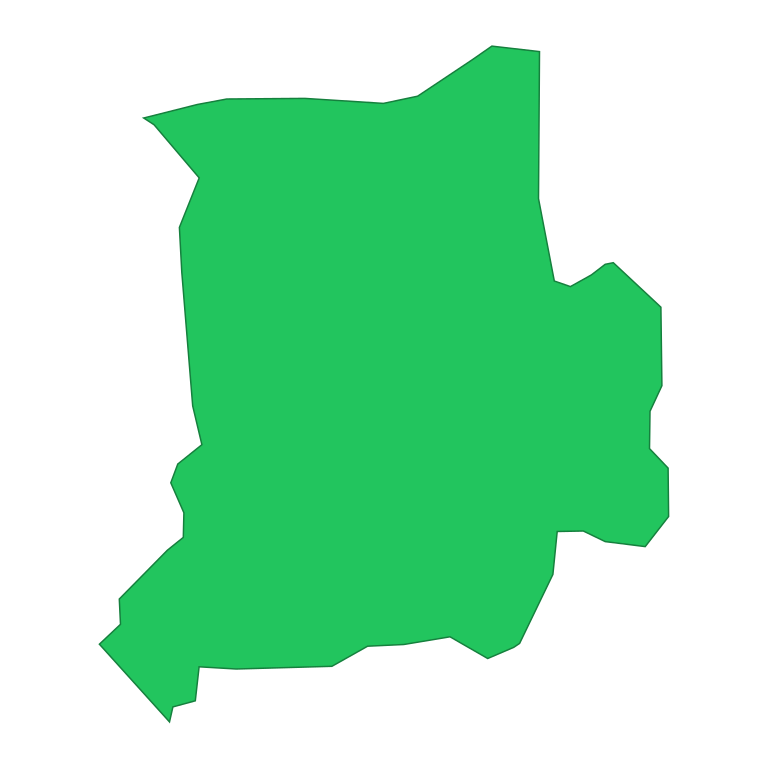 the district of Kantché, Zinder, Niger
{"feature_id": "23599985B81952569357883", "entity_name": "Kantché", "entity_type": "district", "adm_level": 2, "iso_a3": "NER", "parent_name": "Niger", "parent_adm1": "Zinder", "projection": "natural_earth1", "projection_center": [8.524, 13.426], "detail": "fine", "context": "isolated", "style": "filled", "palette": "green", "viewbox_px": 768, "rotation_deg": 0, "n_neighbors": 0, "source": "geoboundaries", "source_scale": "gbopen_adm2", "svg_char_len": 783}
<svg xmlns="http://www.w3.org/2000/svg" viewBox="0 0 768 768"><path d="M99.4,644.2L169.5,721.9L172.9,706.9L195.3,700.8L199.1,666.8L236.2,669.0L331.9,666.3L367.6,646.2L403.8,644.5L450.0,636.8L487.7,658.5L513.8,647.3L519.6,643.4L552.9,574.4L557.2,531.5L583.3,531.0L605.2,541.6L645.2,546.6L668.6,516.5L668.1,468.1L649.5,448.6L650.0,411.3L661.9,385.7L660.9,307.2L613.3,262.7L605.2,264.3L591.4,274.9L570.4,286.6L554.3,281.0L538.5,198.6L539.5,51.6L496.0,46.6L491.9,46.1L471.9,60.0L417.6,96.2L383.4,103.4L304.8,98.4L226.8,99.0L197.3,104.5L143.7,118.0L147.7,120.6L154.1,124.8L199.2,177.9L179.4,227.4L181.8,272.3L192.7,405.9L201.9,444.7L177.8,464.0L170.8,482.8L183.9,512.8L183.3,537.4L167.4,550.2L119.3,599.0L120.5,624.3L99.4,644.2Z" fill="#22c55e" stroke="#15803d" stroke-width="1.5"/></svg>